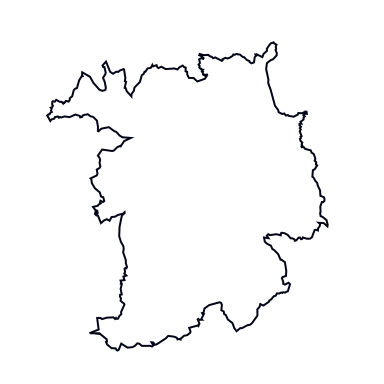 Tapalpa, Jalisco, Mexico, rotated 168°
{"feature_id": "50627088B26698937893318", "entity_name": "Tapalpa", "entity_type": "district", "adm_level": 2, "iso_a3": "MEX", "parent_name": "Mexico", "parent_adm1": "Jalisco", "projection": "albers", "projection_center": [-103.771, 19.947], "detail": "fine", "context": "isolated", "style": "outline", "palette": "ink", "viewbox_px": 384, "rotation_deg": 168, "n_neighbors": 0, "source": "geoboundaries", "source_scale": "gbopen_adm2", "svg_char_len": 5944}
<svg xmlns="http://www.w3.org/2000/svg" viewBox="0 0 384 384"><g transform="rotate(168 192 192)"><path d="M320.6,74.9L313.6,73.4L314.2,73.1L311.3,72.2L306.1,65.7L306.3,63.4L307.3,63.2L306.7,60.5L303.2,56.0L299.2,54.9L298.7,53.1L297.8,52.4L296.5,52.9L292.7,58.4L287.5,53.2L282.4,52.6L279.7,53.4L277.0,55.3L275.1,54.6L273.0,51.9L265.2,50.3L263.2,49.2L261.7,49.9L262.9,53.4L261.2,52.9L260.1,50.4L258.6,50.2L248.2,54.2L245.2,56.2L239.6,54.2L237.2,52.6L236.8,50.8L235.2,51.0L233.8,50.0L233.4,51.0L229.7,53.0L226.4,53.0L223.1,54.6L222.5,55.6L223.0,59.7L214.3,60.2L213.7,59.5L213.3,60.1L213.9,60.3L212.1,61.6L212.9,66.2L212.2,66.5L211.6,65.5L208.9,65.0L209.4,65.6L206.0,69.9L206.8,70.0L207.3,71.5L205.8,71.6L204.0,75.5L198.7,77.8L187.9,78.4L186.6,77.4L186.2,75.3L187.9,70.3L185.8,68.5L185.9,65.9L184.5,64.7L183.4,59.8L179.7,55.4L178.9,50.0L177.4,46.6L173.1,48.8L171.5,48.4L165.7,50.1L162.7,50.1L160.5,51.3L153.7,57.5L152.5,63.6L149.7,65.7L148.5,68.2L145.7,66.1L139.3,68.8L139.0,69.8L136.9,70.5L133.7,73.0L131.6,73.2L130.1,75.1L128.0,74.6L125.6,75.1L124.6,74.5L123.7,75.0L121.9,74.3L118.8,75.1L115.3,81.4L116.4,83.2L120.3,82.1L121.9,83.3L121.4,85.2L122.0,89.1L121.2,89.9L117.5,90.4L116.2,95.2L115.7,104.0L118.7,107.3L119.5,107.4L120.6,113.3L124.0,118.5L125.2,119.4L126.0,123.1L129.1,125.5L131.1,128.2L131.0,132.5L126.8,130.9L127.9,133.7L126.2,134.9L124.7,133.6L118.3,133.2L114.2,131.2L113.8,132.9L112.9,133.5L110.0,132.4L107.3,130.1L105.1,126.2L103.2,125.7L101.6,124.3L101.6,123.0L100.1,123.0L97.2,125.2L95.9,125.0L95.2,123.2L94.0,123.2L93.0,124.5L89.3,122.4L86.2,121.8L84.2,122.7L80.0,129.2L78.6,129.3L76.8,128.2L76.3,130.1L74.2,132.1L73.3,134.0L74.5,135.6L69.5,134.1L66.7,130.2L66.1,131.8L66.3,136.6L69.5,140.6L71.2,141.6L71.1,144.7L70.4,145.8L69.5,151.2L67.0,155.2L65.8,154.8L64.3,155.8L63.8,158.2L64.2,159.6L67.2,161.6L66.4,166.9L67.7,172.3L67.6,174.7L69.1,177.3L70.1,180.9L71.1,181.9L69.2,188.2L67.3,188.7L64.0,192.0L65.1,193.1L64.3,195.4L65.5,197.1L64.4,198.9L65.0,203.8L66.8,205.6L67.2,208.0L72.4,210.7L73.3,212.6L75.3,213.0L75.5,213.9L74.4,214.2L74.8,215.9L73.8,217.5L75.1,219.1L75.4,221.5L74.3,222.2L74.2,223.6L73.2,223.9L74.0,228.9L72.6,230.7L73.3,232.1L71.8,233.2L73.0,234.8L72.7,236.2L70.7,236.0L71.4,238.0L67.8,239.7L67.3,241.8L65.9,242.5L67.0,244.0L64.8,245.1L63.4,244.6L63.3,246.8L64.5,247.2L67.6,246.1L71.6,247.1L72.5,245.7L76.9,244.5L81.6,246.4L82.2,247.3L84.3,247.3L85.4,249.6L87.5,249.5L90.6,252.0L90.7,254.3L92.9,259.1L93.8,275.5L94.8,282.7L93.9,286.1L93.9,296.9L91.9,302.5L88.3,304.3L85.1,305.0L80.8,308.0L80.2,310.2L80.7,313.7L79.9,314.5L79.9,316.5L78.7,318.5L80.9,320.4L81.1,321.4L84.0,321.0L85.6,319.8L88.9,316.7L89.3,314.5L93.3,312.2L95.1,309.3L100.3,313.4L101.4,313.4L100.9,311.9L102.6,310.9L104.4,305.9L107.0,305.5L108.6,307.1L108.7,308.2L111.0,309.8L112.9,313.0L114.2,313.5L116.5,316.4L120.1,317.8L121.8,317.3L123.0,317.9L124.0,316.7L127.3,315.5L129.5,315.2L131.4,316.3L134.6,315.5L134.7,314.5L135.6,314.1L141.3,318.8L143.5,318.4L144.6,320.2L146.0,320.8L147.5,322.7L152.3,323.5L155.7,325.4L156.5,324.3L154.2,322.7L152.9,320.5L153.4,319.9L155.2,321.0L157.4,320.3L157.4,316.5L159.1,315.2L158.3,313.7L159.0,312.3L158.2,310.9L157.4,310.7L157.3,309.7L155.9,309.3L156.6,308.6L156.3,307.8L157.2,307.6L156.2,305.1L156.7,304.5L155.7,303.6L154.9,303.8L154.8,303.2L153.1,303.8L152.9,303.0L155.8,300.1L163.8,299.0L166.7,303.1L171.3,304.3L172.2,307.7L171.8,310.6L173.2,311.4L172.3,315.0L173.8,315.9L174.8,317.6L178.3,316.6L180.7,314.9L183.6,316.5L192.2,317.7L195.9,320.9L199.0,320.2L199.8,321.0L200.3,323.4L203.9,323.0L204.3,324.6L206.5,322.0L209.9,322.1L212.5,319.3L213.4,319.5L214.8,317.5L216.8,316.7L220.1,310.4L226.5,306.2L227.9,303.1L231.0,300.1L231.4,298.2L234.9,304.2L235.3,307.5L236.2,307.9L233.6,313.5L234.6,314.4L233.5,317.3L233.0,325.7L233.3,326.5L237.4,325.8L239.1,324.8L241.1,325.4L244.6,324.1L247.1,326.6L249.0,337.4L253.2,334.4L252.8,332.6L251.7,332.4L251.6,326.9L252.2,325.3L255.3,322.2L254.5,318.0L254.6,311.8L255.4,310.1L256.2,309.7L258.7,309.6L261.3,311.3L265.8,319.3L267.8,325.9L274.5,331.9L275.3,329.1L274.9,328.2L275.8,328.2L279.2,324.7L282.9,317.6L284.9,317.3L286.6,316.0L289.3,310.5L292.0,309.2L292.4,307.5L293.9,306.1L296.5,307.3L298.3,305.6L299.4,306.3L299.8,305.5L300.8,307.3L302.6,307.7L305.7,310.4L307.5,308.9L309.2,309.7L310.0,309.1L310.6,306.3L310.1,305.4L311.1,304.1L312.6,303.8L311.9,302.7L313.0,300.9L312.5,299.4L314.0,299.0L315.2,297.6L316.3,297.8L317.7,296.9L315.8,290.9L314.5,292.1L311.3,292.5L310.7,293.7L307.5,293.8L306.7,292.3L305.6,292.8L304.2,292.1L301.0,292.4L296.1,290.7L289.9,292.0L285.9,289.7L285.8,288.2L283.6,288.4L283.1,289.5L281.7,289.8L277.8,289.7L275.5,287.1L273.1,286.0L270.2,281.7L270.4,275.3L271.4,271.3L270.8,270.8L267.6,272.8L259.8,272.7L255.3,267.6L253.6,266.6L251.2,262.4L248.7,260.0L240.6,257.6L247.8,255.9L252.2,251.6L252.5,252.1L255.9,251.3L259.8,248.8L261.6,248.7L271.1,252.2L276.5,247.1L275.3,244.5L275.2,242.4L276.4,239.8L276.3,236.0L277.5,234.7L280.5,233.7L280.6,229.7L281.7,228.0L288.3,226.4L287.8,225.7L288.1,221.4L286.2,215.8L282.3,210.8L281.9,206.4L279.9,205.3L279.7,201.4L281.1,200.7L283.4,202.5L284.1,201.1L283.6,199.9L286.1,199.1L287.1,198.1L291.9,198.0L290.2,194.3L288.6,193.4L288.7,190.9L289.6,190.7L290.6,192.5L291.5,190.7L290.3,188.9L288.9,188.5L287.5,180.5L283.9,182.5L280.9,183.1L278.6,181.0L275.9,184.2L272.3,183.9L269.3,184.9L263.8,185.2L262.2,186.2L262.3,185.3L265.1,183.8L266.2,182.0L270.1,173.0L272.4,163.9L271.9,157.9L270.4,153.4L270.6,150.7L271.9,147.2L270.9,139.3L271.5,136.3L271.2,132.2L272.0,131.0L272.9,131.5L273.9,131.0L274.1,127.6L275.2,126.2L273.6,123.9L276.7,123.5L276.3,119.9L280.3,120.2L280.0,118.3L280.7,117.1L279.8,116.6L282.0,112.0L282.0,106.4L283.7,106.4L284.2,104.8L283.6,102.7L284.5,100.4L281.6,96.8L281.5,95.9L286.3,89.4L286.6,87.1L288.9,85.8L290.6,83.5L292.3,83.7L292.6,84.6L293.6,83.8L294.9,85.7L301.5,86.8L306.4,86.4L307.8,87.9L311.0,88.4L311.9,76.9L320.7,75.4L320.6,74.9Z" fill="none" stroke="#020617" stroke-width="2"/></g></svg>